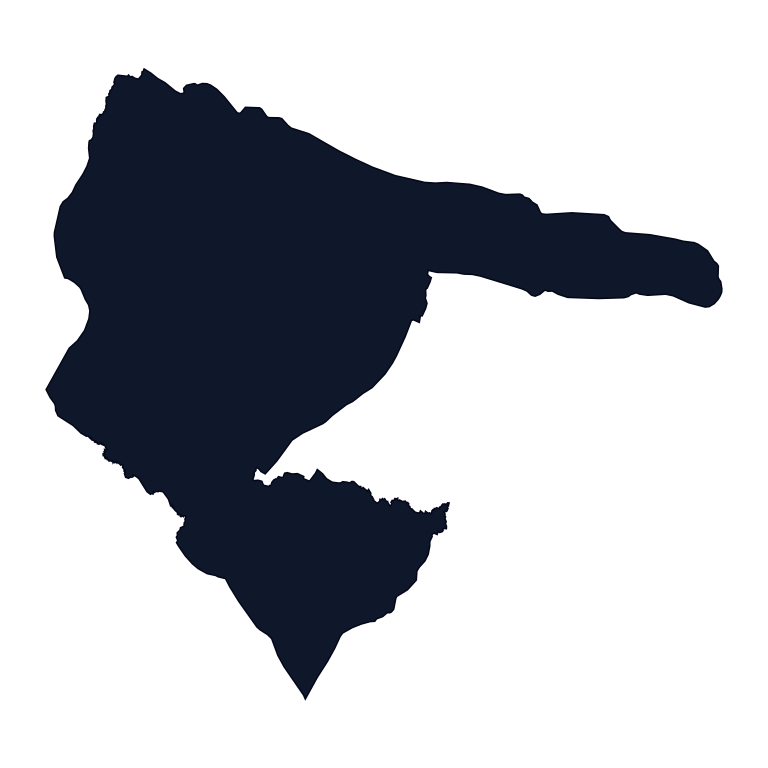 Khemarat, Ubon Ratchathani, Thailand
{"feature_id": "78962969B49998456253138", "entity_name": "Khemarat", "entity_type": "district", "adm_level": 2, "iso_a3": "THA", "parent_name": "Thailand", "parent_adm1": "Ubon Ratchathani", "projection": "equal_earth", "projection_center": [105.125, 15.95], "detail": "fine", "context": "isolated", "style": "filled", "palette": "ink", "viewbox_px": 768, "rotation_deg": 0, "n_neighbors": 0, "source": "geoboundaries", "source_scale": "gbopen_adm2", "svg_char_len": 6016}
<svg xmlns="http://www.w3.org/2000/svg" viewBox="0 0 768 768"><path d="M64.7,277.9L68.1,278.5L74.4,282.3L79.8,287.2L81.2,289.4L85.3,299.3L88.7,305.1L89.9,310.9L88.9,318.8L84.6,330.4L77.4,340.8L69.2,348.2L46.1,389.6L50.2,397.6L54.6,403.6L55.5,406.6L55.6,410.3L58.0,415.8L73.1,425.5L81.1,433.2L86.5,436.3L88.0,436.0L90.5,438.7L91.2,437.8L91.9,440.0L94.2,440.5L94.5,442.0L95.2,442.3L95.8,441.4L96.2,442.2L97.2,442.4L97.2,443.6L98.8,444.2L100.1,443.9L100.7,442.6L101.5,442.9L101.4,444.0L102.3,444.8L103.8,444.2L103.8,445.3L105.7,446.3L105.5,447.8L106.8,449.3L105.7,450.3L104.6,449.6L104.7,450.9L104.1,451.6L105.0,452.2L104.2,452.8L104.4,453.9L103.1,453.7L103.2,455.6L104.0,455.6L105.3,458.6L106.0,458.4L105.4,457.1L106.7,457.3L107.1,459.6L108.5,459.9L108.9,461.0L111.2,460.9L112.5,461.8L113.0,461.2L113.1,462.7L113.5,462.2L114.8,462.8L116.0,461.5L117.0,463.2L117.8,462.2L120.8,465.2L121.4,464.5L123.0,465.2L122.5,467.3L124.1,469.4L124.1,470.9L125.0,470.5L124.6,471.6L125.0,472.7L124.4,473.4L125.6,477.3L128.5,478.3L130.0,477.4L132.7,477.0L133.2,476.4L133.1,475.0L136.4,476.7L138.9,478.7L147.0,491.7L150.4,494.3L151.9,493.5L153.0,494.1L153.6,491.8L154.4,492.5L155.8,491.5L158.5,491.6L158.8,491.0L163.1,491.8L168.4,499.1L170.7,506.0L171.7,506.1L172.0,505.3L172.6,505.9L172.4,507.4L173.4,507.3L173.2,508.0L175.2,510.5L177.7,512.7L177.4,514.0L178.3,514.8L180.0,514.4L180.2,516.1L181.0,516.7L181.6,515.7L183.5,516.7L184.2,515.5L185.5,515.9L185.6,517.8L184.9,519.0L185.3,521.6L184.3,522.5L183.9,526.3L180.5,527.7L179.9,530.2L177.2,532.8L177.4,535.6L176.3,537.2L177.8,540.4L176.5,542.7L178.9,546.6L185.2,555.8L192.4,563.8L198.1,568.6L207.2,573.7L215.7,575.5L218.1,576.8L225.5,578.6L229.7,586.7L238.7,601.3L256.9,627.0L260.2,629.9L267.4,634.5L271.7,638.7L277.8,655.3L284.1,666.8L303.5,695.0L305.3,699.1L317.3,677.3L327.6,661.2L334.7,648.3L340.3,636.2L342.7,633.0L352.1,627.7L361.1,624.1L370.1,621.6L374.8,621.3L376.6,618.8L382.7,616.6L387.2,612.7L390.1,612.7L391.5,611.9L393.7,609.3L395.8,598.5L396.7,596.4L407.5,589.8L416.3,580.1L416.9,571.1L419.2,567.3L424.9,561.0L428.2,554.4L429.8,545.9L429.8,541.7L432.2,536.5L431.9,534.7L433.8,533.1L437.2,534.5L438.0,531.4L439.6,532.5L442.2,531.7L443.1,530.5L442.9,528.5L446.4,528.7L446.5,526.2L445.5,523.9L446.2,521.7L445.0,518.7L445.6,516.7L444.7,515.5L445.1,514.1L444.0,512.0L446.7,511.3L448.0,508.6L447.4,506.8L448.3,506.2L449.1,502.9L447.6,502.8L446.1,504.7L445.0,503.9L442.6,504.1L440.7,506.9L439.6,507.1L439.3,508.7L436.6,507.7L435.7,508.5L434.2,508.5L434.0,510.1L432.9,509.7L432.0,510.6L431.5,513.6L429.4,512.8L428.2,513.3L425.5,511.3L425.1,513.3L423.5,513.4L420.4,510.8L419.6,512.9L417.5,512.9L414.9,512.0L411.8,508.8L410.4,508.8L409.8,506.5L408.2,505.3L408.8,503.8L407.7,502.5L406.4,502.5L405.3,501.1L402.5,501.5L399.6,500.0L398.8,500.7L397.7,499.9L397.7,498.2L396.6,498.8L394.8,498.5L394.4,499.7L393.2,500.7L392.2,500.3L390.9,502.4L391.9,503.5L391.7,504.4L390.0,506.0L387.9,502.7L387.7,501.5L386.1,501.1L384.7,498.7L383.6,499.6L382.5,498.5L381.5,499.7L379.9,499.3L379.8,501.3L377.0,503.2L374.2,500.9L372.4,497.0L370.5,495.2L370.9,493.4L368.6,489.4L367.3,491.1L363.1,487.5L361.8,488.7L360.7,487.5L360.9,486.7L360.2,486.4L359.9,487.6L353.8,481.7L352.0,481.4L349.2,483.1L347.4,482.2L342.7,481.7L340.6,482.9L338.6,483.0L332.2,482.2L326.5,478.7L322.6,473.8L317.3,469.5L315.5,473.2L309.5,481.2L303.8,478.8L303.4,478.3L303.8,476.5L297.4,473.6L292.1,474.0L287.2,472.6L284.6,473.2L282.8,477.8L278.5,476.6L276.6,479.2L275.8,478.9L273.8,479.9L271.9,482.3L270.8,485.8L269.5,485.5L269.1,486.5L263.4,485.2L261.9,481.3L258.1,480.2L254.2,480.6L252.8,479.8L254.3,475.0L254.2,472.3L255.9,470.6L256.1,468.2L256.8,467.5L259.3,469.3L260.9,471.5L265.2,473.9L276.7,461.1L292.0,440.2L302.6,433.1L322.7,423.7L325.6,421.7L332.3,415.4L346.5,404.6L352.8,401.4L362.9,393.4L372.0,387.7L384.9,374.1L392.5,363.0L396.6,355.4L405.1,336.9L411.5,320.3L413.5,319.9L419.3,322.4L420.4,315.8L422.2,315.9L425.7,308.3L427.0,303.3L425.3,298.1L425.9,295.6L425.6,290.2L426.5,288.4L427.2,288.2L430.1,281.8L431.3,277.6L429.4,276.6L427.4,274.2L428.2,270.4L437.0,272.4L456.9,272.8L463.9,274.1L472.3,274.4L480.5,276.1L521.9,288.8L526.9,291.0L531.5,295.2L535.1,296.2L539.9,294.3L544.9,290.1L548.1,291.3L552.2,291.0L558.0,294.2L567.6,297.4L598.7,298.5L624.1,297.7L628.3,296.5L631.1,294.5L636.3,292.8L639.4,294.1L647.6,295.3L665.7,294.2L673.2,295.8L688.9,302.8L705.3,307.1L709.3,306.6L714.3,303.6L718.3,299.1L720.2,295.9L721.6,292.5L721.9,289.1L720.7,281.5L718.9,279.2L718.0,276.6L718.4,266.0L716.7,263.4L713.9,261.2L707.5,250.8L698.0,244.2L694.1,242.6L683.0,241.2L675.7,239.3L649.8,234.7L625.3,232.8L621.6,231.4L619.0,229.0L610.3,220.3L608.5,216.6L604.1,214.7L571.8,212.8L546.3,214.4L541.9,213.9L540.4,212.5L537.0,205.0L532.3,202.1L529.0,198.5L524.1,197.1L522.3,195.0L519.8,194.1L505.7,194.6L498.7,193.3L482.1,187.1L469.8,184.3L446.8,182.5L435.4,183.1L424.6,182.4L395.1,175.6L372.5,167.2L356.0,159.6L338.7,150.9L309.0,133.8L291.3,128.1L288.0,125.5L281.8,118.6L279.1,117.8L268.7,117.6L266.8,116.6L261.7,109.2L259.6,107.8L245.4,107.3L240.8,112.7L239.9,113.3L237.3,112.9L224.2,96.7L216.8,89.3L210.6,85.1L206.9,83.7L202.3,83.5L198.3,84.9L196.4,85.1L195.6,83.9L193.9,83.6L186.5,85.3L183.6,88.4L184.1,91.8L183.8,93.2L180.4,93.7L175.3,91.1L165.0,82.7L157.6,78.5L151.0,73.2L144.1,68.9L143.0,71.6L142.0,71.9L141.8,75.1L138.4,79.1L134.8,78.2L132.1,76.4L130.5,77.1L128.5,75.0L127.5,76.3L117.9,75.2L117.7,76.2L116.5,76.1L115.0,78.2L113.9,82.5L114.7,83.3L113.8,85.5L112.2,86.8L111.6,89.6L110.1,90.4L109.6,93.0L108.8,93.8L109.1,96.3L106.3,97.4L106.0,101.2L106.5,104.1L105.8,106.0L106.0,108.0L105.0,109.8L104.8,111.5L103.6,111.9L103.1,113.7L102.0,114.5L99.8,114.5L100.2,115.7L99.1,115.6L98.5,117.9L97.9,117.3L96.7,119.1L96.7,122.3L95.8,123.3L94.4,123.2L93.7,126.2L93.8,129.1L93.1,130.7L93.5,133.2L93.1,137.1L91.3,139.9L89.4,140.7L89.0,142.3L88.6,148.3L89.7,158.2L87.0,166.3L82.8,174.4L75.8,185.0L72.4,192.4L67.8,198.3L63.2,201.7L60.3,206.5L54.4,232.5L54.3,236.2L56.8,257.1L64.7,277.9Z" fill="#0f172a" stroke="#020617" stroke-width="1.5"/></svg>